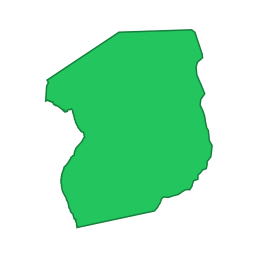 Imul, Aimeliik, Palau, rotated 6°
{"feature_id": "81905179B52447266125366", "entity_name": "Imul", "entity_type": "district", "adm_level": 2, "iso_a3": "PLW", "parent_name": "Palau", "parent_adm1": "Aimeliik", "projection": "robinson", "projection_center": [134.509, 7.414], "detail": "fine", "context": "isolated", "style": "filled", "palette": "green", "viewbox_px": 256, "rotation_deg": 6, "n_neighbors": 0, "source": "geoboundaries", "source_scale": "gbopen_adm2", "svg_char_len": 2721}
<svg xmlns="http://www.w3.org/2000/svg" viewBox="0 0 256 256"><g transform="rotate(6 128 128)"><path d="M43.3,109.8L43.8,109.5L44.5,109.2L44.8,108.7L46.0,109.2L46.3,109.0L46.9,109.5L47.4,109.7L47.7,109.5L48.2,109.7L48.6,109.7L48.9,110.0L49.3,109.9L49.9,110.3L50.6,110.1L51.0,111.3L51.4,111.8L51.7,112.3L52.2,112.3L52.4,112.7L53.0,112.6L54.1,113.4L54.4,113.0L55.6,113.4L58.4,115.0L61.2,116.9L61.8,117.1L62.3,116.5L62.5,116.7L62.2,117.1L62.2,117.8L62.6,118.0L63.4,118.6L64.2,118.6L64.7,117.7L65.4,118.1L65.9,117.8L66.1,117.4L65.9,116.8L66.1,116.4L67.0,116.0L68.1,115.8L69.0,115.6L69.8,114.9L71.0,116.2L71.4,118.0L72.5,120.5L72.7,121.4L73.1,121.6L73.4,121.9L73.3,122.5L73.8,124.3L74.0,125.1L74.4,125.6L75.0,126.6L75.3,127.9L76.1,129.1L77.0,130.7L77.7,131.0L78.2,132.7L78.7,133.0L79.0,133.5L79.9,134.2L80.1,134.8L80.6,134.9L81.0,135.2L81.3,136.0L82.3,136.6L83.5,136.9L84.1,136.8L85.0,139.2L85.3,140.5L85.9,141.6L85.2,142.2L84.7,143.3L83.7,146.0L82.5,147.8L80.6,150.4L79.3,152.1L79.0,152.6L78.5,153.2L78.1,154.4L78.1,155.2L77.5,156.0L77.5,157.3L77.3,157.6L77.2,159.2L77.2,160.8L76.1,161.3L75.5,162.2L74.9,162.6L74.0,164.0L74.1,164.6L73.9,165.5L73.3,165.9L73.1,166.1L73.1,166.6L72.9,166.8L72.9,167.3L72.5,168.1L71.9,168.7L71.9,169.1L71.4,169.6L71.2,170.2L71.1,170.8L70.4,171.3L70.2,172.0L69.5,172.4L68.8,173.2L68.4,174.2L68.5,174.8L68.2,175.5L68.4,176.1L67.9,176.9L67.9,177.9L67.4,178.9L67.5,179.8L67.0,180.6L67.0,182.7L67.2,183.2L66.8,183.6L67.0,184.9L67.2,185.6L66.8,185.8L66.6,186.5L67.0,187.6L67.0,188.9L67.3,189.3L67.2,190.0L67.8,190.9L67.8,192.3L68.4,194.0L68.9,196.3L69.4,197.0L69.6,197.8L72.4,202.2L73.6,203.5L74.3,205.5L74.4,206.1L74.9,206.5L75.3,206.7L75.6,207.7L76.6,209.5L76.6,210.3L77.2,211.3L77.4,212.9L77.9,214.0L78.5,214.2L78.7,214.8L79.4,216.5L79.8,216.8L79.8,217.5L80.7,218.2L81.6,219.0L82.4,219.6L82.8,221.2L83.3,221.9L83.6,223.2L84.2,224.1L84.5,224.3L85.0,224.1L85.4,224.5L85.8,224.5L85.8,225.1L85.6,225.5L85.5,225.9L85.9,226.6L86.3,227.1L86.7,227.8L86.9,228.9L87.0,229.3L87.0,229.9L87.2,230.3L87.6,230.5L87.9,231.2L87.5,231.3L87.6,232.3L129.3,218.7L163.0,207.7L164.7,205.3L165.8,203.6L166.4,201.8L167.8,199.2L168.5,195.8L169.3,194.0L171.0,192.8L173.3,192.8L174.7,192.9L175.8,192.6L180.7,190.4L185.1,188.8L188.9,185.4L191.4,183.5L193.7,183.0L195.8,183.0L197.7,179.2L198.0,176.6L198.8,173.5L202.8,171.8L202.6,167.4L204.6,165.1L206.6,161.9L210.1,160.2L210.5,156.2L210.2,153.1L213.4,148.0L213.5,136.7L210.2,132.1L208.2,122.2L206.3,119.7L204.6,114.5L202.8,107.8L200.8,103.4L197.3,97.6L197.4,91.9L200.7,85.9L197.0,78.9L190.9,68.1L189.3,60.1L190.2,55.3L194.8,50.3L194.1,47.0L184.6,25.9L181.0,23.7L109.0,33.7L42.5,88.8L44.1,91.1L42.7,94.9L43.3,109.8Z" fill="#22c55e" stroke="#15803d" stroke-width="1.5"/></g></svg>